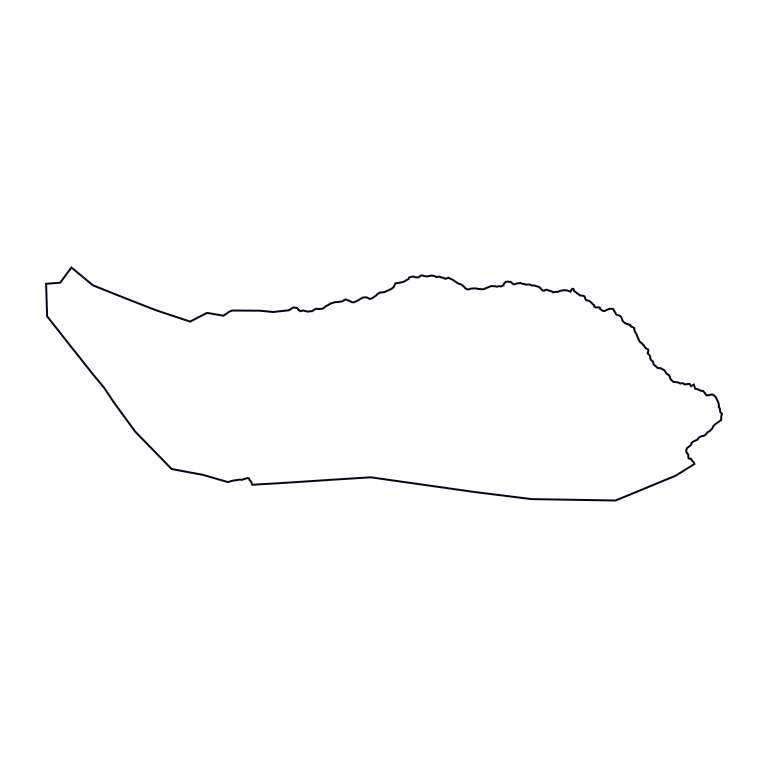 Asunción Cuyotepeji, Oaxaca, Mexico
{"feature_id": "50627088B94773728352550", "entity_name": "Asunción Cuyotepeji", "entity_type": "district", "adm_level": 2, "iso_a3": "MEX", "parent_name": "Mexico", "parent_adm1": "Oaxaca", "projection": "mercator", "projection_center": [-97.63, 17.931], "detail": "fine", "context": "isolated", "style": "outline", "palette": "ink", "viewbox_px": 768, "rotation_deg": 0, "n_neighbors": 0, "source": "geoboundaries", "source_scale": "gbopen_adm2", "svg_char_len": 4110}
<svg xmlns="http://www.w3.org/2000/svg" viewBox="0 0 768 768"><path d="M292.7,307.9L288.8,310.3L273.1,312.0L259.7,310.7L231.9,310.5L229.3,311.7L226.4,313.7L223.4,315.7L207.0,312.9L190.1,321.6L155.0,309.9L137.5,303.0L124.7,298.0L92.9,285.3L71.4,267.5L60.2,282.7L48.7,283.6L46.1,283.8L47.1,316.3L51.7,322.1L58.0,330.1L72.3,348.3L78.7,356.3L86.5,366.2L88.2,368.3L92.0,373.2L104.0,387.6L114.3,403.0L135.1,431.5L168.5,465.8L171.6,469.0L186.4,471.8L196.3,473.6L202.3,474.7L228.0,482.1L232.1,480.8L236.4,480.1L239.2,479.7L240.5,479.6L241.6,479.9L247.2,478.1L248.0,478.0L248.6,478.2L249.1,478.6L249.4,479.8L251.2,481.9L252.3,484.8L264.5,484.0L269.0,483.8L275.9,483.4L291.6,482.4L335.9,479.5L370.8,477.3L474.2,492.0L531.5,499.1L615.5,500.5L675.7,475.7L694.4,464.0L693.8,462.3L692.3,461.0L691.4,459.4L690.5,458.6L689.1,458.7L688.6,458.2L688.3,457.3L688.3,456.2L688.3,455.2L688.0,454.2L686.9,453.0L686.2,451.8L686.4,450.8L686.3,449.5L687.3,447.8L689.2,446.5L691.2,444.7L691.6,442.9L693.3,441.5L697.1,439.8L699.3,437.3L702.0,436.0L703.2,436.1L705.5,434.8L706.5,433.5L707.4,432.5L709.9,430.9L712.4,428.3L713.3,426.1L714.4,425.1L715.3,424.1L717.4,422.7L721.2,420.0L721.2,416.7L721.9,413.7L720.4,412.3L720.0,410.2L719.9,409.2L719.7,408.3L718.7,406.8L719.0,405.2L718.4,402.8L715.9,397.3L713.8,395.2L712.1,394.4L708.8,395.2L706.6,395.4L703.1,390.9L701.5,390.9L700.2,390.5L698.2,389.4L695.3,388.8L693.8,384.6L691.0,386.2L689.6,383.9L687.9,384.0L684.8,384.5L683.0,383.2L680.3,383.5L678.1,382.4L673.4,381.9L670.7,379.4L669.3,375.5L666.6,373.7L664.5,370.4L660.5,368.1L657.9,368.2L655.4,365.9L653.8,364.7L653.0,361.7L651.1,360.0L650.2,358.3L650.2,356.1L647.7,353.3L648.4,350.3L648.0,349.4L645.6,348.1L644.8,347.1L644.0,345.7L641.7,343.2L639.8,341.8L638.5,339.2L637.5,337.0L636.6,334.4L635.0,331.8L634.3,329.9L634.4,328.4L633.6,327.6L631.2,326.6L630.3,325.0L629.7,325.2L628.9,324.5L626.9,324.0L625.1,323.2L623.4,321.8L622.5,320.4L621.9,318.8L621.1,316.9L619.3,315.5L616.9,314.9L615.7,313.9L615.5,312.8L614.4,311.4L613.1,309.0L609.9,308.7L606.7,309.9L604.6,311.0L602.8,310.9L600.1,308.9L599.7,307.5L598.4,307.3L595.7,307.5L594.2,306.6L594.3,305.4L592.9,304.3L591.8,303.0L590.6,301.9L588.7,300.7L585.9,300.0L584.9,297.7L584.5,296.4L582.9,295.7L580.2,295.5L574.2,291.0L573.4,288.9L572.2,288.8L570.4,291.7L567.7,290.6L564.8,290.1L562.9,290.4L560.0,290.9L557.8,291.9L556.0,291.8L553.2,292.4L552.1,291.5L550.2,291.0L548.0,290.2L546.8,289.8L545.5,289.9L544.6,290.6L543.0,290.6L542.3,290.3L541.5,289.4L540.5,288.4L540.0,287.6L538.6,286.9L536.8,286.3L534.0,285.4L532.2,285.6L529.8,284.5L527.6,284.6L525.2,284.5L524.2,283.9L522.7,284.0L521.6,283.5L520.3,282.9L518.3,283.4L516.7,283.4L514.9,284.3L513.5,284.2L512.6,283.6L511.7,282.8L510.8,281.9L510.0,281.9L509.1,281.8L507.5,281.6L505.8,281.9L504.5,283.1L503.5,284.6L503.5,285.4L501.9,285.9L500.8,286.5L499.3,286.1L497.0,286.7L494.8,286.2L491.1,286.1L485.4,288.4L483.7,289.1L482.1,289.4L480.3,289.0L477.7,289.0L476.7,288.5L473.5,288.4L470.5,288.7L468.8,289.4L466.8,289.2L465.4,288.3L463.7,286.5L462.4,285.3L460.8,284.3L458.0,283.4L456.1,282.1L452.7,279.8L450.3,278.7L448.3,277.7L446.6,278.5L445.0,278.7L443.8,277.9L440.9,277.3L439.8,276.7L438.2,276.7L437.1,277.0L436.3,277.1L434.7,276.1L431.9,275.6L429.8,275.8L427.5,276.4L425.5,276.3L423.6,275.8L422.2,275.4L421.5,275.4L420.5,275.8L418.7,277.2L417.6,277.4L415.7,277.3L413.0,276.5L409.3,277.4L408.6,278.9L403.4,281.9L398.4,283.0L395.5,283.3L393.6,287.1L391.6,288.8L384.6,292.0L383.4,292.4L382.4,292.2L379.6,292.7L377.3,294.2L376.3,295.4L372.6,298.0L370.0,299.0L367.2,297.6L365.8,297.3L362.7,297.6L357.3,300.8L353.6,302.4L351.9,302.2L349.4,300.9L345.6,299.4L343.4,300.6L341.5,301.5L339.6,301.7L338.6,302.0L334.9,302.2L333.0,302.8L331.5,303.2L330.9,303.4L330.0,304.0L327.3,305.5L326.0,306.1L324.3,307.6L322.6,308.6L321.0,308.9L319.8,308.9L318.0,309.0L316.9,308.8L316.3,308.7L314.8,309.4L313.2,310.4L311.9,311.3L310.7,311.1L309.1,311.5L307.9,311.6L307.2,311.5L303.1,310.5L300.5,311.2L300.1,311.1L299.4,310.2L298.5,310.0L298.0,309.0L297.5,308.3L296.7,307.9L295.2,307.7L293.7,307.4L292.7,307.9Z" fill="none" stroke="#020617" stroke-width="2"/></svg>